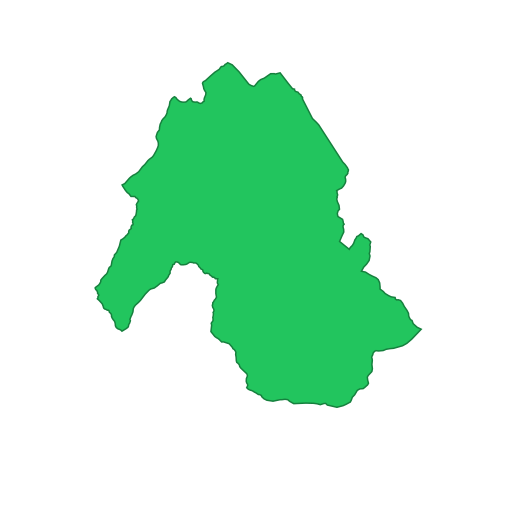 the district of Cachi, Salta, Argentina, rotated 224°
{"feature_id": "61730980B38910879035127", "entity_name": "Cachi", "entity_type": "district", "adm_level": 2, "iso_a3": "ARG", "parent_name": "Argentina", "parent_adm1": "Salta", "projection": "natural_earth1", "projection_center": [-66.151, -25.018], "detail": "fine", "context": "isolated", "style": "filled", "palette": "green", "viewbox_px": 512, "rotation_deg": 224, "n_neighbors": 0, "source": "geoboundaries", "source_scale": "gbopen_adm2", "svg_char_len": 6140}
<svg xmlns="http://www.w3.org/2000/svg" viewBox="0 0 512 512"><g transform="rotate(224 256 256)"><path d="M344.2,402.8L345.9,401.7L353.2,402.6L365.9,404.5L368.5,400.3L369.6,399.8L372.1,397.3L373.6,389.7L375.1,386.3L375.4,384.8L375.6,383.2L375.1,377.3L375.6,376.3L378.1,375.2L380.4,374.6L396.1,376.7L405.9,377.0L410.6,375.4L410.8,373.8L411.3,372.4L411.1,370.5L411.7,369.1L412.3,368.6L412.6,367.5L412.1,364.8L413.3,359.6L413.8,353.8L414.2,347.1L414.7,345.6L414.9,344.3L414.5,343.1L411.3,341.2L409.8,340.1L408.0,339.4L405.5,338.8L404.1,336.9L402.9,333.8L402.1,332.5L400.8,331.4L401.2,330.1L401.1,328.6L402.0,327.0L403.6,326.3L405.0,326.1L406.0,325.2L406.5,324.5L408.5,323.1L409.8,323.1L410.6,323.3L411.9,324.1L412.7,324.0L413.2,321.0L413.2,319.6L413.5,317.9L415.3,316.0L416.7,315.0L418.4,314.2L421.6,313.9L423.7,314.3L425.3,313.9L425.6,312.7L425.8,310.3L425.3,308.5L425.2,307.4L422.7,303.8L421.1,299.6L420.5,298.5L419.5,297.3L418.9,295.9L418.5,294.7L418.1,293.1L418.1,290.0L417.8,287.9L417.1,286.3L416.5,284.3L414.8,281.6L413.6,280.2L412.9,279.1L413.0,278.6L412.8,276.5L411.8,274.4L410.8,272.5L409.2,271.4L406.2,270.4L404.6,269.3L402.9,267.5L402.0,265.5L400.9,262.5L399.5,257.2L399.3,255.1L399.9,251.5L400.0,249.5L399.5,244.6L399.7,241.3L398.9,235.1L399.5,231.4L400.5,228.7L401.0,225.8L401.1,223.9L400.7,217.0L401.7,214.1L400.2,213.6L395.4,212.5L392.7,212.2L390.5,212.5L387.3,212.0L384.4,214.7L382.9,214.5L381.6,214.9L380.1,214.7L378.7,213.9L378.6,213.0L378.1,210.8L377.7,209.7L376.5,209.2L375.8,208.2L374.9,207.5L374.0,207.1L373.9,206.2L372.7,204.8L371.5,203.1L370.5,201.4L370.6,199.5L369.9,197.7L370.1,196.1L368.8,195.6L368.3,194.6L366.8,193.8L366.2,193.0L366.7,192.0L366.3,190.6L365.7,189.7L364.8,189.2L365.2,186.3L364.6,185.2L363.5,184.0L363.6,183.2L363.4,181.7L363.6,180.3L363.4,178.3L363.7,175.7L364.3,173.6L361.1,168.1L358.7,161.8L358.6,158.4L357.4,156.9L357.1,154.8L356.1,152.4L353.4,148.4L353.4,147.4L353.6,145.8L353.2,144.6L351.5,141.2L351.0,139.2L351.2,137.2L351.1,133.0L350.9,130.9L349.8,129.6L349.2,127.5L349.0,125.8L349.7,121.6L349.0,120.9L347.7,120.5L346.8,120.7L344.6,119.8L344.2,119.2L341.9,118.7L341.4,116.8L340.7,116.3L340.4,115.0L338.1,115.1L333.5,114.8L331.2,113.8L329.9,113.0L329.0,112.7L327.9,112.8L326.9,113.4L326.0,113.5L325.1,113.9L324.4,114.5L323.5,114.4L322.4,113.7L320.5,113.8L319.0,113.2L317.9,112.1L316.2,111.4L314.5,111.0L312.9,110.9L311.4,110.3L310.1,109.4L308.6,108.1L306.9,107.5L305.0,107.6L302.1,108.8L300.2,108.8L298.9,113.7L298.6,115.8L299.1,117.2L299.9,118.1L300.2,119.7L301.4,122.2L302.7,122.8L304.0,125.9L304.4,127.3L305.7,130.3L307.7,132.9L308.2,134.3L308.6,136.7L308.3,140.9L308.3,143.9L309.2,151.6L309.2,156.9L309.1,158.0L308.7,159.3L306.9,162.4L306.6,164.3L306.3,165.7L305.9,169.9L304.9,171.4L303.9,173.7L304.4,176.0L304.6,179.1L304.8,180.3L305.4,181.5L305.8,183.9L307.3,185.4L307.9,187.7L308.6,188.6L308.7,190.2L309.9,192.0L309.1,193.3L309.7,195.0L309.7,195.9L308.6,196.9L307.2,197.5L304.3,197.4L303.5,197.9L302.1,199.3L300.6,201.2L300.0,202.6L299.7,204.3L299.2,205.6L297.2,207.2L296.0,207.7L294.6,209.1L293.4,209.4L291.3,209.4L289.8,208.7L287.9,208.7L286.5,208.4L285.6,208.8L284.6,209.0L283.6,208.2L282.4,207.8L280.7,207.9L279.9,208.5L279.7,209.2L279.6,209.5L278.5,209.9L277.6,210.6L277.3,210.7L275.8,210.3L273.7,210.7L272.7,210.5L272.1,211.0L271.7,211.5L270.5,211.5L269.7,211.7L269.4,211.5L267.7,213.1L267.2,212.2L266.2,211.2L265.8,210.5L265.0,209.7L263.3,209.2L262.6,206.3L262.1,204.9L261.4,203.8L258.8,201.1L255.8,198.9L255.2,196.3L255.3,195.4L254.7,193.5L254.7,192.5L253.5,191.1L253.3,190.3L251.6,189.1L249.7,188.5L248.7,187.9L248.1,187.3L247.6,185.5L246.7,185.1L245.1,183.1L244.4,181.8L243.3,181.0L242.0,179.6L241.5,176.5L239.9,175.5L235.9,170.3L229.8,169.5L227.6,169.8L226.4,170.2L224.6,170.4L221.0,170.3L219.8,171.6L214.3,174.3L209.3,173.8L208.3,173.3L206.7,173.6L205.2,173.4L203.6,172.8L202.2,171.0L200.0,169.4L197.3,166.9L195.9,166.1L195.0,166.3L192.6,166.2L190.8,165.1L188.8,164.8L180.8,164.9L179.9,164.5L179.0,163.9L178.5,163.0L177.8,161.2L176.0,159.1L174.5,158.2L173.2,158.0L172.0,157.1L171.2,154.8L169.0,154.8L167.0,155.5L165.1,156.5L162.6,157.0L161.0,157.5L158.1,158.0L157.0,158.9L155.2,159.4L154.3,158.8L151.1,158.8L148.0,159.8L142.9,163.4L138.9,169.3L137.5,170.7L135.6,173.1L133.4,174.7L130.9,174.8L126.3,176.0L117.9,184.9L112.2,190.1L109.3,192.2L106.5,193.7L104.6,197.2L103.4,198.4L101.2,198.3L92.7,203.4L89.4,208.8L88.2,211.8L86.7,216.5L87.4,218.7L88.6,221.3L88.6,224.7L89.8,229.7L89.0,232.5L86.8,235.0L86.5,236.8L86.2,240.9L86.7,242.6L89.3,244.2L91.8,246.2L92.3,248.1L92.4,253.4L93.9,255.7L97.3,258.5L99.8,261.7L101.0,262.7L102.1,263.2L102.9,264.4L103.4,266.1L104.3,267.4L104.5,269.7L104.0,271.2L101.9,272.8L98.8,276.4L97.6,279.3L95.3,282.4L92.9,285.2L88.2,293.3L86.8,298.0L86.2,304.5L86.3,318.1L90.5,316.7L95.9,316.5L99.0,318.0L100.2,317.6L101.8,317.8L104.3,318.8L106.5,320.7L109.8,321.8L114.3,322.7L117.7,323.9L121.1,324.4L123.3,323.3L124.3,322.1L126.0,321.9L127.1,322.8L130.4,320.5L133.1,319.6L137.1,318.7L139.7,318.9L143.8,318.4L145.1,319.8L148.4,322.6L151.7,323.9L154.6,323.7L158.2,322.4L161.9,321.3L166.0,320.5L169.6,318.3L170.8,322.9L170.8,326.9L171.5,331.3L174.0,335.2L176.3,336.5L177.0,338.1L180.5,342.3L181.8,342.9L183.2,345.8L187.5,346.2L189.9,345.1L191.6,344.6L193.8,345.5L196.0,345.1L196.3,341.7L197.0,340.0L196.4,338.4L196.1,336.4L194.7,333.3L194.2,331.4L194.0,329.8L194.1,328.4L194.0,327.1L193.5,325.6L206.0,324.5L208.3,330.6L209.5,334.2L211.5,336.1L213.5,337.3L214.6,338.6L214.7,340.1L216.1,340.4L217.5,341.5L219.2,342.5L224.5,341.3L227.0,343.0L228.3,345.4L228.4,347.6L231.5,350.1L235.0,351.5L237.0,352.7L237.8,353.5L238.2,354.5L238.9,354.8L239.2,355.9L240.1,357.0L241.5,357.6L242.2,358.5L243.4,359.0L242.5,362.1L241.6,364.3L241.7,367.1L242.1,368.9L242.6,370.7L243.4,372.1L245.0,373.6L246.2,374.2L246.8,374.9L247.2,376.1L247.1,377.8L247.4,379.3L248.4,380.3L248.6,381.2L249.4,382.2L250.2,382.4L251.6,383.0L255.6,383.7L258.8,383.8L302.0,393.9L305.5,394.1L310.9,394.1L331.8,401.3L332.2,402.1L333.2,402.6L334.2,402.3L335.5,403.1L337.6,402.7L339.6,403.0L341.7,401.9L342.8,401.9L343.6,402.2L344.2,402.8Z" fill="#22c55e" stroke="#15803d" stroke-width="1.5"/></g></svg>